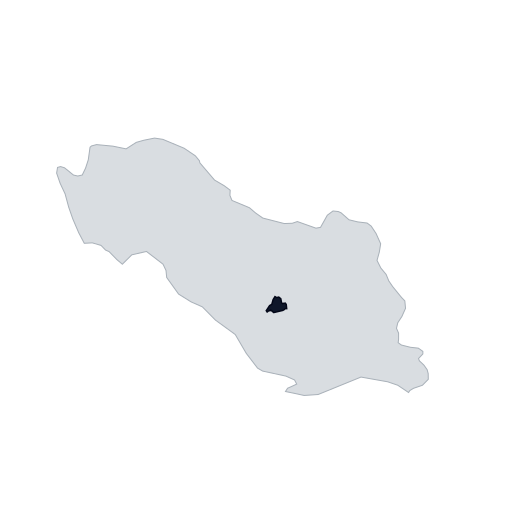 Kuçovë, Berat, Albania shown in context, rotated 307°
{"feature_id": "67620474B36949901982284", "entity_name": "Kuçovë", "entity_type": "district", "adm_level": 2, "iso_a3": "ALB", "parent_name": "Albania", "parent_adm1": "Berat", "projection": "albers", "projection_center": [19.91, 40.812], "detail": "fine", "context": "in_parent", "style": "filled", "palette": "ink", "viewbox_px": 512, "rotation_deg": 307, "n_neighbors": 0, "source": "geoboundaries", "source_scale": "gbopen_adm2", "svg_char_len": 1845}
<svg xmlns="http://www.w3.org/2000/svg" viewBox="0 0 512 512"><g transform="rotate(307 256 256)"><path d="M169.0,154.2L169.4,147.1L171.1,136.0L170.2,132.3L171.2,125.9L168.0,117.4L162.8,111.2L167.9,100.4L175.4,87.3L182.3,77.0L190.7,66.2L196.2,55.8L202.2,46.9L207.3,44.2L209.8,46.1L211.2,50.0L210.8,61.5L212.6,65.5L216.1,68.5L223.6,67.0L231.8,64.2L243.0,58.0L244.9,58.4L249.0,61.6L257.6,75.6L263.4,87.8L274.7,92.0L281.0,96.8L289.1,104.0L293.1,111.4L298.8,133.7L299.5,147.3L298.0,153.5L296.6,155.1L291.7,177.2L293.0,188.4L293.0,195.8L288.7,198.7L285.9,203.4L290.6,221.8L290.1,229.6L290.4,238.6L298.9,259.0L304.0,265.3L308.4,268.3L314.3,287.1L317.7,290.3L331.5,288.4L338.3,290.4L341.0,294.9L341.7,297.9L340.9,308.5L344.4,316.6L349.2,324.9L349.2,330.0L346.2,338.4L340.8,348.2L333.4,352.1L325.3,355.3L321.5,363.0L319.6,371.0L316.0,377.1L313.8,383.6L310.5,397.0L309.7,401.9L304.2,406.9L295.6,408.9L288.0,409.4L282.8,411.7L280.2,416.3L275.3,420.0L272.3,421.7L272.4,425.7L276.0,434.2L280.1,441.1L280.2,446.7L278.2,448.2L271.9,447.5L270.6,449.6L269.9,455.8L268.2,461.1L265.7,464.3L261.2,467.8L252.9,466.7L245.1,461.4L241.1,459.8L238.8,460.0L238.1,447.0L234.8,436.9L222.5,412.7L182.8,389.0L173.6,378.4L169.5,369.5L165.5,361.1L169.4,360.8L173.3,363.0L178.2,365.6L180.2,361.4L178.1,352.2L168.1,330.6L167.4,324.7L172.4,306.8L180.8,286.7L180.4,262.2L183.1,243.8L180.3,231.8L179.0,217.1L185.1,197.6L190.3,192.8L193.5,186.7L193.7,165.8L182.2,156.1L169.0,154.2Z" fill="#d9dde1" stroke="#a8b0b8" stroke-width="1"/><path d="M218.5,297.1L218.0,298.6L220.5,299.3L220.6,300.1L221.7,300.4L221.5,304.2L228.6,310.1L229.9,310.7L231.5,311.0L232.4,312.2L235.5,309.3L236.0,307.8L234.6,306.3L234.0,306.0L234.0,304.6L236.8,301.5L236.9,298.9L235.2,297.5L235.0,295.6L231.5,295.9L226.9,297.7L224.6,296.7L218.5,297.1Z" fill="#0f172a" stroke="#020617" stroke-width="1.5"/></g></svg>